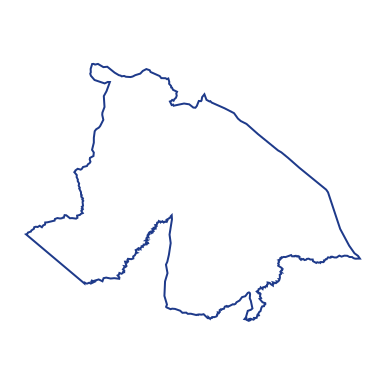 Kasenengwa, Eastern, Zambia, rotated 269°
{"feature_id": "96606910B99834275279733", "entity_name": "Kasenengwa", "entity_type": "district", "adm_level": 2, "iso_a3": "ZMB", "parent_name": "Zambia", "parent_adm1": "Eastern", "projection": "robinson", "projection_center": [32.185, -13.669], "detail": "fine", "context": "isolated", "style": "outline", "palette": "blue", "viewbox_px": 384, "rotation_deg": 269, "n_neighbors": 0, "source": "geoboundaries", "source_scale": "gbopen_adm2", "svg_char_len": 5936}
<svg xmlns="http://www.w3.org/2000/svg" viewBox="0 0 384 384"><g transform="rotate(269 192 192)"><path d="M215.5,75.7L214.7,75.6L213.9,74.7L210.9,77.1L208.9,76.9L206.4,78.1L205.0,77.9L202.4,79.3L200.3,78.8L198.1,79.9L197.5,79.3L193.8,81.0L191.6,81.0L190.8,81.7L190.0,81.1L188.4,81.6L188.3,82.3L187.2,82.9L186.3,82.2L185.0,83.1L184.0,82.4L180.1,82.8L179.1,81.6L177.9,82.4L177.1,81.6L176.5,82.4L175.0,81.0L172.8,82.4L172.2,80.7L171.1,79.6L170.4,76.7L168.2,77.0L167.4,75.6L168.0,71.7L167.9,69.5L170.9,65.9L171.1,64.2L168.5,63.3L168.6,62.2L168.0,61.4L167.8,59.6L168.3,57.0L167.4,54.5L165.8,54.1L164.2,46.8L164.1,44.7L162.0,44.5L161.3,42.7L159.4,41.3L160.9,39.1L159.7,37.1L160.0,35.2L159.5,33.6L158.0,33.3L156.3,30.7L155.3,30.3L154.3,27.3L153.0,26.6L152.6,25.3L102.8,82.4L103.4,82.3L103.5,82.9L102.4,84.4L102.3,85.7L103.1,87.6L102.2,89.2L103.7,92.5L104.4,89.9L105.2,90.3L104.6,91.5L106.2,97.2L104.3,100.9L107.4,102.1L107.9,104.7L106.9,109.2L107.2,112.8L106.5,117.7L107.8,117.9L109.9,116.2L110.5,117.4L112.3,118.0L111.5,120.0L112.0,121.2L113.3,121.7L113.1,122.8L114.7,122.9L115.8,121.6L117.4,122.7L118.0,123.8L119.0,123.1L118.7,124.8L119.1,125.2L123.5,123.9L123.5,124.7L122.6,125.9L123.0,126.4L124.0,127.0L125.1,126.2L126.3,126.8L125.9,130.2L126.6,132.2L128.6,132.1L129.7,133.7L131.8,134.9L132.2,136.0L132.7,134.9L133.8,135.2L134.9,134.7L135.6,136.0L135.3,137.1L136.1,136.8L136.8,137.5L135.8,139.5L136.8,139.4L137.8,140.6L138.5,140.7L138.1,141.8L139.0,141.8L139.5,142.8L140.3,142.8L140.4,145.8L141.5,146.4L141.6,147.2L142.1,147.0L142.3,145.2L144.0,145.7L144.4,146.4L144.5,144.9L145.4,146.2L146.4,145.6L147.3,146.0L147.3,147.7L149.5,146.8L150.1,147.3L149.9,147.9L150.4,148.5L151.5,148.0L152.6,148.9L152.2,150.4L151.5,150.6L152.1,151.8L153.3,150.9L153.7,152.8L155.0,152.1L155.3,152.8L155.8,152.0L156.1,152.7L156.8,152.9L156.1,155.0L157.3,155.2L157.5,154.6L157.9,155.1L158.8,154.9L158.8,155.5L159.6,154.9L159.8,156.2L161.9,156.6L162.0,157.5L163.5,158.3L162.3,159.8L162.9,160.0L162.6,160.8L163.2,161.8L162.6,162.2L162.7,163.2L162.1,163.3L162.9,165.6L162.6,166.2L163.2,166.5L163.5,165.8L164.2,166.8L164.8,166.3L166.1,168.8L166.7,169.1L166.8,170.3L167.3,170.7L168.2,170.4L169.1,171.3L165.1,171.5L149.8,168.8L141.3,169.8L129.6,167.8L122.7,166.1L119.8,164.7L111.3,166.1L103.1,163.5L88.6,162.6L79.9,165.0L77.6,164.1L77.1,164.5L75.2,168.6L75.7,170.1L75.4,173.0L73.5,178.1L71.4,180.3L71.5,184.1L70.3,185.6L70.3,188.8L68.9,194.2L69.3,195.1L68.9,195.9L69.5,196.7L69.2,199.4L69.6,201.5L65.6,205.5L65.5,206.6L66.3,206.5L64.9,207.9L65.5,208.2L65.6,209.1L66.2,209.5L66.0,210.0L66.6,210.3L66.5,212.2L67.2,214.3L68.0,215.0L69.2,214.9L69.8,215.8L71.1,215.7L70.7,216.7L71.2,216.7L71.6,217.7L73.4,217.6L74.2,218.8L73.7,219.4L74.4,220.1L74.7,221.9L76.8,222.8L77.4,224.5L76.7,224.9L76.7,225.8L77.2,225.7L77.2,227.1L79.1,231.0L78.8,232.0L79.4,233.5L81.0,234.6L82.7,237.7L86.0,240.2L86.9,243.5L90.1,246.0L90.6,247.2L90.2,247.9L89.0,248.3L84.7,247.9L82.2,248.9L74.5,250.4L73.2,248.8L72.2,245.7L65.7,243.7L64.0,242.3L63.8,243.3L64.9,244.2L63.1,244.6L62.2,246.5L62.6,247.5L63.3,246.5L63.9,246.7L64.3,248.0L63.3,251.3L64.2,252.3L65.0,252.0L65.0,254.4L67.7,255.2L67.3,255.9L67.5,256.7L68.9,256.0L70.9,257.2L71.7,258.4L75.1,259.4L76.4,260.2L76.6,262.0L78.2,262.5L78.4,263.3L79.0,263.4L79.6,263.3L80.5,260.6L84.0,257.7L84.7,259.2L86.4,258.1L88.8,258.7L89.0,258.1L89.7,258.1L90.1,257.1L89.8,256.7L90.7,256.4L90.5,255.8L91.4,255.0L92.3,256.6L93.7,256.9L94.3,258.6L95.4,259.0L93.8,260.9L95.4,261.3L95.9,262.9L95.4,263.5L96.6,264.3L96.4,265.3L98.0,265.4L98.4,266.1L100.2,266.0L99.7,268.2L98.7,268.8L97.1,271.2L98.9,271.2L98.8,271.9L99.4,272.3L100.1,271.8L99.4,274.3L100.2,275.3L101.2,275.0L101.0,276.5L102.0,277.5L102.9,277.9L103.4,277.5L103.4,277.9L104.6,278.4L107.8,278.3L108.5,279.6L109.9,279.6L109.9,280.0L110.7,279.0L112.0,280.0L112.1,280.7L113.3,281.2L113.5,280.6L114.5,280.4L116.8,276.9L118.1,277.5L119.1,276.9L120.5,277.8L121.4,277.4L122.7,278.7L122.8,278.3L123.1,279.0L124.0,279.1L124.2,279.8L124.6,279.5L125.2,280.5L124.9,280.8L125.5,282.5L125.3,284.4L127.2,290.0L125.9,291.0L125.9,293.3L126.2,293.3L126.4,294.8L125.8,295.5L126.1,296.7L125.5,297.0L125.7,297.8L125.3,298.4L123.7,298.4L122.3,299.8L123.2,300.6L122.7,301.8L123.0,302.3L122.0,303.4L122.4,305.1L123.1,305.7L123.3,307.5L122.4,309.1L122.4,311.5L120.7,311.8L118.9,315.0L119.6,315.9L119.1,317.7L119.6,319.1L119.2,319.3L119.7,319.7L119.6,322.2L120.3,322.9L121.2,322.8L121.2,323.4L122.5,324.6L122.4,325.4L124.3,326.9L123.9,329.0L124.3,330.1L124.8,330.0L124.9,330.9L124.1,333.1L124.0,335.4L125.8,338.2L124.8,340.4L125.7,343.3L125.5,346.2L124.3,348.3L124.1,351.1L123.1,352.2L122.5,354.0L122.5,358.7L125.2,356.9L127.9,353.4L135.6,348.2L152.5,339.5L189.3,328.0L192.0,326.2L214.4,299.7L224.5,288.6L230.1,282.0L232.1,278.7L248.8,258.9L259.1,247.7L262.1,242.0L264.6,239.2L270.1,235.4L275.1,226.1L281.1,213.2L282.5,211.9L282.2,211.1L283.9,208.1L289.5,206.1L286.7,203.8L283.3,203.1L282.7,202.6L282.9,200.4L277.9,198.3L276.2,196.9L276.4,194.8L279.7,190.8L280.6,185.6L278.6,175.1L279.7,174.6L279.3,173.2L282.9,171.5L283.4,172.9L284.4,173.8L283.6,175.2L285.1,176.0L286.5,177.6L288.6,178.4L290.8,178.0L292.5,178.8L294.5,174.8L296.7,173.8L296.9,173.0L298.4,172.9L300.6,171.0L302.5,171.2L305.9,170.3L305.3,168.9L306.2,167.6L306.4,163.3L308.5,161.7L312.7,152.7L314.5,151.8L315.7,148.5L313.9,144.9L311.3,142.4L309.8,137.3L308.5,134.7L308.0,132.6L308.4,127.9L309.2,126.2L308.9,123.6L309.6,122.8L310.1,120.9L312.7,116.7L318.7,109.5L318.4,105.6L321.7,100.2L321.1,97.3L321.8,95.9L321.7,94.4L316.8,92.8L313.5,92.9L312.0,92.3L309.9,93.0L305.7,96.5L302.1,106.6L303.5,109.7L303.4,111.8L294.3,108.3L289.4,105.5L278.5,106.0L272.9,103.8L270.7,103.6L265.7,104.6L259.5,101.3L258.0,100.0L256.4,97.3L254.5,95.8L247.9,94.8L243.0,94.7L235.9,92.8L233.2,94.5L229.7,94.1L227.9,90.6L226.3,90.3L224.0,91.0L222.6,90.1L221.5,88.4L219.8,87.4L218.9,83.5L217.0,82.2L216.3,81.1L217.2,78.1L215.5,75.7Z" fill="none" stroke="#1e3a8a" stroke-width="2"/></g></svg>